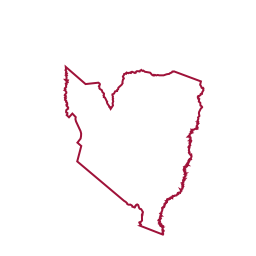 the district of Sauce, Corrientes, Argentina, rotated 301°
{"feature_id": "61730980B9994568619241", "entity_name": "Sauce", "entity_type": "district", "adm_level": 2, "iso_a3": "ARG", "parent_name": "Argentina", "parent_adm1": "Corrientes", "projection": "orthographic", "projection_center": [-58.817, -29.951], "detail": "fine", "context": "isolated", "style": "outline", "palette": "rose", "viewbox_px": 256, "rotation_deg": 301, "n_neighbors": 0, "source": "geoboundaries", "source_scale": "gbopen_adm2", "svg_char_len": 5890}
<svg xmlns="http://www.w3.org/2000/svg" viewBox="0 0 256 256"><g transform="rotate(301 128 128)"><path d="M143.2,46.4L143.3,47.5L141.4,47.4L141.5,48.5L140.6,48.4L139.7,49.3L138.1,50.1L137.4,50.1L137.0,49.4L136.5,51.0L137.6,51.5L137.8,51.9L136.7,52.0L136.1,52.8L134.1,51.7L133.9,51.8L133.7,52.9L132.7,52.9L131.3,53.9L129.5,53.4L129.0,54.4L128.0,54.2L128.2,54.8L127.5,55.4L127.0,56.7L126.2,57.1L123.8,56.8L123.5,56.9L123.6,57.8L123.3,58.4L121.5,58.2L121.1,58.7L121.4,59.4L119.7,59.5L119.5,61.0L118.5,61.4L118.6,62.1L118.1,63.0L116.8,63.8L116.4,63.2L116.1,63.3L115.4,63.9L114.8,66.1L113.8,66.3L113.6,66.7L111.9,65.9L110.7,66.2L109.5,67.0L109.7,68.2L108.6,68.9L107.5,68.8L106.8,71.9L111.7,72.9L110.4,77.6L108.6,78.3L106.9,80.0L100.8,89.0L99.1,90.7L96.7,92.0L94.5,92.8L89.4,92.2L88.5,97.2L73.2,101.7L63.5,162.2L63.5,164.0L63.0,166.0L62.5,166.4L62.4,167.0L62.7,168.4L63.5,169.3L63.6,170.9L63.4,171.8L62.8,172.2L63.3,174.7L63.5,174.8L64.8,174.4L65.4,174.8L66.2,174.6L67.2,175.2L67.2,176.4L65.3,178.6L64.8,179.7L65.2,181.1L63.7,184.0L63.2,184.3L62.5,184.3L62.2,184.6L61.3,184.5L60.5,184.7L60.2,185.0L60.4,185.3L59.2,185.6L55.9,187.7L53.9,187.3L53.2,186.4L52.9,186.3L52.2,187.2L52.3,187.7L51.9,187.8L51.8,188.9L50.7,189.1L50.5,188.9L54.6,212.8L54.8,212.8L55.0,211.8L55.4,212.5L55.7,212.4L55.7,211.8L56.6,211.4L57.7,211.7L57.9,211.6L57.8,211.1L58.5,211.2L58.7,210.4L58.3,210.2L58.3,209.9L60.0,209.4L60.3,208.8L60.9,209.1L60.7,208.5L60.9,208.3L61.2,208.3L61.4,208.8L62.0,208.6L61.8,207.8L61.5,207.7L62.1,206.9L61.5,207.0L61.4,206.6L60.8,206.7L60.7,206.4L61.7,204.7L62.2,204.8L62.1,204.1L62.7,204.3L63.0,203.4L64.0,203.9L64.4,203.6L64.6,203.3L64.4,201.7L65.1,201.6L65.9,202.0L66.2,202.4L66.8,202.0L66.9,202.7L67.5,202.7L67.5,202.3L68.6,201.3L69.5,201.8L69.8,201.6L69.6,201.0L70.0,201.0L70.2,201.5L70.4,200.8L71.2,200.7L71.3,200.2L71.7,200.3L71.7,200.0L72.5,200.5L73.1,200.0L74.6,199.9L76.6,199.2L76.5,198.8L77.2,198.4L77.9,199.0L78.4,198.8L79.0,199.1L78.7,199.6L78.9,199.7L79.5,199.6L79.7,199.1L80.3,199.1L81.4,198.5L81.6,199.0L82.0,198.7L83.0,199.2L83.2,198.8L84.6,199.6L85.5,199.1L85.0,198.7L85.1,198.2L86.2,199.1L86.6,199.0L86.6,198.4L87.0,198.2L87.4,198.5L87.2,198.6L87.8,199.8L88.9,200.6L89.3,200.4L89.4,200.0L90.2,200.2L90.1,200.7L90.3,201.1L90.8,201.2L90.8,201.9L91.9,201.2L92.4,201.9L93.0,201.6L93.7,202.9L94.2,202.9L95.2,204.3L96.3,204.4L96.6,204.7L97.0,204.5L97.4,205.1L97.7,204.9L97.8,204.2L98.1,204.2L98.8,204.8L99.2,206.1L100.9,205.8L101.5,206.1L102.2,204.9L102.2,205.6L102.4,205.7L102.8,205.2L103.9,205.9L105.0,205.2L104.9,205.6L105.1,205.7L105.8,205.3L106.5,205.5L107.0,204.6L108.0,204.5L107.7,203.5L108.7,203.3L108.7,202.7L109.7,203.4L110.1,203.1L110.5,203.3L111.1,203.1L111.2,202.3L111.7,202.2L111.9,202.5L111.7,202.9L112.3,203.2L112.5,202.9L113.0,203.0L112.4,202.4L112.5,202.2L113.1,202.7L114.1,201.5L114.4,202.0L115.3,201.6L115.9,202.2L117.0,201.4L117.5,201.7L117.5,200.5L118.8,201.0L118.3,200.3L119.0,200.1L119.3,200.4L119.5,200.0L119.2,199.4L119.7,199.0L120.5,199.2L120.5,198.4L119.9,198.4L120.2,197.9L120.9,197.6L121.3,198.5L121.2,198.0L122.3,198.2L122.5,197.6L122.1,197.2L122.4,197.2L122.5,196.8L123.6,197.0L123.7,196.3L124.3,196.6L124.2,197.1L124.8,197.2L124.7,198.0L125.5,198.3L125.8,197.4L126.3,197.4L126.6,196.9L127.4,197.0L126.8,197.5L127.2,198.4L127.3,197.8L127.7,198.0L128.6,197.3L128.7,197.5L129.3,197.3L129.2,197.8L130.3,197.7L130.2,197.4L131.0,196.7L131.6,196.8L131.7,197.4L132.2,197.2L133.1,197.8L133.1,197.3L133.6,197.7L133.8,197.2L134.3,197.6L136.4,197.1L137.7,196.0L137.0,195.7L137.9,193.4L138.1,193.1L138.6,193.5L138.9,193.3L138.9,192.7L139.7,192.4L140.2,191.6L143.1,190.7L142.5,189.9L142.7,189.6L144.9,189.7L145.4,190.1L146.2,189.0L147.0,188.6L147.1,189.1L148.3,189.0L147.7,188.3L149.3,188.1L149.0,187.3L149.6,187.6L149.9,187.2L150.2,187.8L150.6,187.1L151.5,187.0L151.9,186.7L152.2,186.3L151.8,185.4L152.0,184.7L151.5,183.9L152.4,184.1L152.9,185.0L154.5,184.0L155.3,184.5L155.8,184.4L156.9,185.3L156.9,184.3L157.6,184.5L157.6,184.0L158.0,184.2L158.5,183.7L158.9,184.3L159.3,183.7L159.5,184.4L160.1,184.5L160.4,185.2L162.2,186.2L162.3,186.8L162.7,186.7L162.9,187.3L163.1,187.0L163.5,187.3L164.1,186.6L164.4,187.2L164.9,186.5L164.7,186.1L164.9,186.0L165.5,185.7L167.2,185.9L167.5,185.3L168.2,185.8L168.6,184.6L168.9,185.2L169.5,185.1L170.1,183.9L172.1,183.6L173.1,182.6L175.1,183.0L177.1,181.2L178.3,180.7L182.1,180.4L183.9,180.9L184.2,180.7L184.3,180.0L184.6,179.7L184.6,178.5L186.9,176.9L187.1,175.1L189.5,174.1L189.2,173.2L189.9,172.3L190.5,172.5L191.0,171.7L191.7,171.8L191.9,172.4L193.7,173.2L194.5,172.8L195.0,173.0L195.4,173.8L196.9,173.2L199.2,173.2L200.4,172.1L200.7,172.3L200.9,172.1L201.1,171.6L200.4,170.8L200.4,170.4L201.4,169.2L202.2,167.6L205.5,166.5L200.2,138.2L199.7,137.9L199.3,137.0L197.9,136.8L196.9,135.9L195.7,135.5L194.0,133.5L191.5,131.4L189.2,127.6L188.8,126.2L187.7,125.2L187.4,123.8L186.7,123.6L186.5,123.4L186.7,122.7L186.0,122.4L186.0,120.8L186.4,120.0L186.8,118.4L184.9,113.5L185.1,111.6L184.4,111.0L184.6,109.5L184.0,109.4L183.5,108.9L182.4,108.9L181.9,107.4L181.1,106.2L180.6,106.0L179.4,106.1L179.3,105.6L178.7,105.5L178.3,102.5L177.5,101.9L177.3,102.3L176.6,102.2L176.2,101.0L175.6,100.2L175.1,100.0L174.8,98.3L173.6,98.4L173.6,97.9L173.1,97.8L172.4,96.9L171.4,97.2L169.8,97.1L169.3,97.2L168.6,98.6L168.2,99.0L167.1,98.7L164.4,99.6L163.7,100.3L161.9,100.3L157.6,99.0L156.1,99.6L155.2,99.1L154.1,99.6L152.8,98.1L150.3,98.3L148.8,97.3L147.9,97.9L147.2,98.9L145.9,99.4L145.4,100.2L144.4,100.3L143.3,101.6L141.3,102.0L139.6,103.5L135.4,103.3L136.2,102.0L136.7,101.7L136.5,100.9L137.1,100.5L138.3,97.7L139.2,96.7L139.9,96.5L139.9,96.1L142.0,92.9L142.2,92.3L142.0,91.4L143.0,91.0L143.2,90.3L144.7,90.0L145.2,89.6L145.6,87.6L146.9,86.1L147.0,83.7L147.3,83.0L148.5,82.3L148.8,81.5L150.6,81.6L151.4,80.9L151.6,79.3L143.8,69.0L148.3,43.2L146.4,44.6L145.4,44.6L144.7,46.0L143.2,46.4Z" fill="none" stroke="#9f1239" stroke-width="2"/></g></svg>